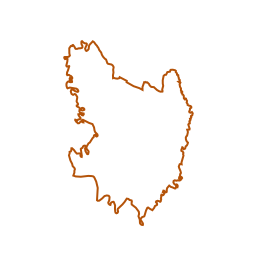 outline of Ricaurte, Cundinamarca, Colombia, rotated 342°
{"feature_id": "7082276B32773092643387", "entity_name": "Ricaurte", "entity_type": "district", "adm_level": 2, "iso_a3": "COL", "parent_name": "Colombia", "parent_adm1": "Cundinamarca", "projection": "equal_earth", "projection_center": [-74.719, 4.31], "detail": "fine", "context": "isolated", "style": "outline", "palette": "amber", "viewbox_px": 256, "rotation_deg": 342, "n_neighbors": 0, "source": "geoboundaries", "source_scale": "gbopen_adm2", "svg_char_len": 5755}
<svg xmlns="http://www.w3.org/2000/svg" viewBox="0 0 256 256"><g transform="rotate(342 128 128)"><path d="M190.6,87.6L188.6,86.4L186.7,85.9L186.3,86.0L185.3,87.4L182.7,87.0L180.7,89.1L179.4,88.8L178.0,89.4L175.8,93.3L174.8,96.5L174.5,98.8L172.4,102.0L172.3,103.5L172.0,104.0L170.2,103.5L169.0,102.7L167.3,100.8L165.2,97.1L162.8,96.1L161.7,94.1L161.7,92.9L160.5,90.6L159.5,90.4L159.1,89.8L158.7,90.0L157.6,89.4L154.4,93.6L153.6,96.2L151.1,93.6L146.3,90.0L140.8,84.0L141.4,82.8L135.8,77.1L135.2,77.9L133.1,77.8L131.1,76.8L130.1,76.0L129.2,76.0L130.0,73.2L131.3,70.8L131.9,68.0L133.1,65.8L133.1,65.0L132.7,63.6L131.9,62.5L128.9,60.8L128.4,60.0L128.3,56.1L127.4,55.0L126.3,52.5L125.8,50.2L125.8,47.9L124.8,45.2L124.5,42.2L124.0,41.2L123.9,40.2L123.1,38.6L122.3,36.0L121.3,34.7L117.1,37.0L116.1,38.2L115.0,40.7L113.7,41.6L112.4,41.9L111.8,41.3L111.7,39.3L113.3,37.3L114.5,36.4L114.8,35.1L114.4,34.6L113.3,34.3L112.1,33.1L111.1,31.2L110.6,31.3L110.3,31.7L109.8,33.2L109.7,34.4L110.0,35.5L109.7,37.0L108.9,37.6L106.8,37.4L106.1,37.0L104.0,37.0L102.7,36.6L102.5,36.3L102.1,33.9L101.4,32.1L100.8,32.0L100.2,32.8L98.9,32.4L96.8,34.0L95.3,38.8L95.1,41.1L94.2,41.7L92.8,41.9L89.8,40.9L89.3,41.0L89.1,41.4L89.1,42.2L89.4,43.0L91.4,43.2L91.8,43.7L90.8,46.1L88.6,49.6L88.6,50.0L88.8,50.6L89.2,50.8L91.1,50.9L91.2,51.1L88.6,54.8L87.3,56.2L86.4,58.2L86.6,59.0L87.9,59.1L88.4,59.4L89.0,60.4L89.7,60.8L90.4,62.1L90.5,63.2L90.1,63.8L89.7,63.6L88.3,62.5L87.7,63.1L87.6,64.3L88.8,65.2L89.3,66.1L89.0,66.9L87.8,66.8L86.7,66.2L86.0,65.3L84.9,65.4L83.4,66.5L82.8,67.8L82.5,69.1L82.5,71.0L82.8,71.6L85.2,71.6L91.0,74.6L92.0,75.8L92.2,77.5L91.5,78.1L91.0,78.0L89.2,76.7L87.5,74.6L86.7,74.2L85.9,74.2L84.9,75.5L84.8,76.9L84.9,78.2L86.0,79.5L87.8,79.2L88.6,79.9L89.3,82.6L89.1,83.5L87.4,86.6L87.4,87.7L87.9,89.3L87.8,90.0L87.4,90.5L86.2,90.7L86.0,91.5L87.9,93.6L88.8,95.1L89.3,95.3L90.3,94.7L91.2,94.9L92.1,95.8L92.3,96.6L92.0,97.2L90.3,97.3L89.7,97.1L88.5,95.9L87.5,95.8L86.9,97.0L87.2,98.8L90.3,100.5L90.1,101.4L89.0,102.1L88.0,101.4L87.3,99.9L85.0,99.6L84.9,100.3L85.3,102.2L85.9,103.3L85.9,104.1L84.9,104.7L83.3,104.5L82.1,105.2L80.7,103.9L80.4,103.8L80.2,104.3L80.7,106.1L81.9,108.1L83.1,108.3L84.8,107.3L85.6,107.3L86.7,108.6L87.3,108.9L87.4,108.2L86.2,106.6L86.4,106.3L87.6,106.2L92.6,111.2L95.4,113.3L95.9,116.9L95.4,120.1L95.5,121.7L96.9,124.6L96.8,125.7L96.3,126.3L95.5,126.4L95.0,125.9L95.0,124.8L94.7,124.3L93.4,124.5L92.4,126.2L91.4,126.5L87.2,130.0L85.7,130.4L83.1,132.7L82.5,133.6L82.2,134.5L82.4,135.7L83.2,137.6L83.2,138.5L82.1,140.4L81.7,140.5L81.1,140.1L80.4,136.8L80.8,134.3L82.1,132.4L81.8,131.6L81.1,131.3L80.2,131.3L79.4,131.8L78.6,132.8L77.2,133.0L76.6,133.4L75.5,140.2L75.0,141.2L74.5,140.9L74.2,139.9L74.3,139.3L74.8,138.6L74.8,137.8L73.9,137.1L71.5,136.6L70.6,134.8L69.8,132.2L68.5,129.9L67.9,129.8L67.1,131.9L66.4,132.6L65.1,132.6L64.7,134.0L63.4,135.8L63.2,141.1L63.8,144.8L63.6,147.1L64.7,149.5L64.8,150.7L63.8,152.1L63.2,153.9L61.3,156.4L63.3,157.9L68.1,159.8L75.5,161.3L78.8,162.6L80.1,163.4L80.6,164.4L80.8,165.6L81.2,169.2L80.7,175.6L76.2,187.1L76.8,187.9L78.3,188.2L81.7,187.0L84.6,185.5L87.0,185.6L88.7,186.5L89.1,187.5L89.0,188.3L87.8,191.0L86.2,192.8L86.1,193.9L86.8,195.3L87.5,195.7L88.5,194.1L89.1,193.7L90.3,193.5L91.4,193.7L91.6,194.0L91.8,197.6L90.7,200.6L90.0,203.7L90.0,204.7L90.6,205.5L91.7,205.5L92.5,204.8L92.8,204.2L92.9,202.6L93.4,201.7L99.1,199.0L102.0,197.2L105.0,194.8L106.5,195.6L107.2,196.9L109.0,198.0L109.0,199.0L108.2,200.5L107.9,201.9L110.8,206.2L112.4,210.9L112.0,213.1L110.7,215.1L110.9,218.8L110.0,222.1L110.2,223.1L110.9,224.2L112.1,224.8L112.6,224.0L112.6,222.9L111.7,219.4L112.0,218.2L114.0,217.1L115.9,217.1L116.4,216.8L119.7,212.0L121.7,209.9L122.5,209.8L124.0,211.8L125.8,213.7L128.4,211.9L129.4,210.6L131.8,210.1L132.1,209.6L132.3,208.3L131.7,207.5L131.7,207.0L132.3,206.4L133.7,206.4L135.2,207.4L135.7,208.1L136.4,207.9L137.6,205.9L137.4,205.4L138.5,203.4L138.6,202.5L138.8,202.2L139.3,201.7L139.9,202.0L140.2,202.7L140.9,202.7L142.4,201.5L142.4,200.8L141.3,199.8L142.3,198.5L142.8,198.7L144.2,200.8L144.8,200.9L145.2,200.4L145.9,198.4L146.8,197.1L149.4,195.5L150.6,197.3L151.8,198.1L154.0,200.1L154.6,200.1L155.7,198.5L156.1,198.6L156.4,199.4L156.7,199.6L157.4,198.5L157.3,197.2L156.7,196.6L155.4,196.6L154.5,195.1L154.4,193.6L155.1,192.4L156.3,192.2L157.8,193.1L159.5,193.2L160.3,193.8L161.2,193.9L162.2,193.6L164.0,192.3L164.0,191.7L163.5,190.9L163.0,190.9L162.6,191.3L162.2,192.6L161.5,192.6L161.0,191.5L161.6,190.5L162.6,189.7L163.4,187.9L164.1,187.6L164.5,186.9L164.6,185.1L164.3,181.7L164.4,180.3L166.0,178.4L166.8,178.5L167.8,179.1L168.1,177.5L172.3,171.3L172.3,169.8L173.0,168.9L173.0,168.1L172.4,166.9L171.7,166.2L171.9,165.4L173.7,163.1L174.0,163.4L174.5,165.4L176.0,165.2L177.2,163.3L178.6,162.8L179.9,161.4L180.5,160.4L179.8,159.1L179.6,158.0L179.6,156.5L180.1,154.8L181.0,153.9L181.8,153.6L183.5,150.8L183.8,149.9L183.8,147.9L186.0,148.4L186.4,147.8L186.4,143.4L186.9,142.9L188.2,142.7L188.4,142.2L188.2,141.7L188.4,140.7L188.6,140.4L189.3,140.4L189.6,140.1L189.8,138.4L190.6,138.6L191.2,137.4L191.6,137.2L191.5,136.3L191.7,136.0L193.0,135.8L194.1,134.0L193.7,132.6L192.2,132.8L191.3,132.1L191.3,131.2L192.5,129.9L192.9,128.7L193.2,128.4L194.4,128.3L194.7,127.8L194.7,127.1L194.2,126.4L192.8,125.5L191.8,124.5L192.1,123.3L191.6,122.0L192.5,120.5L192.2,119.1L192.2,118.0L191.8,117.7L190.8,118.2L190.3,117.1L191.0,114.5L190.7,113.4L190.1,113.0L190.2,111.9L189.7,110.9L189.8,110.5L190.4,110.8L190.8,110.5L190.7,109.9L189.9,108.8L190.6,106.7L190.2,104.8L190.6,102.3L191.9,101.0L191.8,100.6L191.1,100.7L190.3,99.5L191.4,99.5L192.1,98.5L191.5,96.9L191.8,96.1L191.7,94.4L192.1,93.4L191.8,92.9L191.1,92.5L191.4,91.1L190.7,89.6L191.2,88.5L190.6,87.6Z" fill="none" stroke="#b45309" stroke-width="2"/></g></svg>